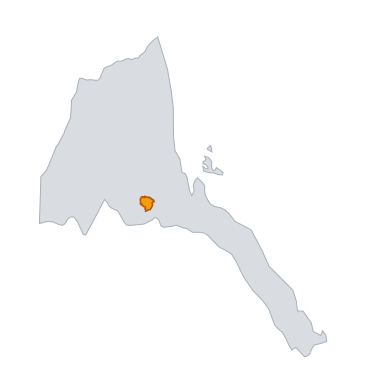 Mendefera, Debub, Eritrea shown in context, rotated 7°
{"feature_id": "51966322B17465014138668", "entity_name": "Mendefera", "entity_type": "district", "adm_level": 2, "iso_a3": "ERI", "parent_name": "Eritrea", "parent_adm1": "Debub", "projection": "natural_earth1", "projection_center": [38.816, 14.861], "detail": "fine", "context": "in_parent", "style": "filled", "palette": "amber", "viewbox_px": 384, "rotation_deg": 7, "n_neighbors": 0, "source": "geoboundaries", "source_scale": "gbopen_adm2", "svg_char_len": 5155}
<svg xmlns="http://www.w3.org/2000/svg" viewBox="0 0 384 384"><g transform="rotate(7 192 192)"><path d="M44.4,241.7L43.0,226.4L42.1,216.2L41.1,205.4L40.1,195.2L44.5,188.9L46.5,183.0L51.7,163.6L53.7,159.8L57.8,149.4L58.3,146.4L62.3,133.3L62.0,124.6L61.2,115.9L63.4,110.7L65.4,106.5L65.2,103.0L66.1,94.8L66.8,92.8L69.1,92.6L74.0,93.7L77.6,92.9L81.7,92.9L84.9,92.6L86.8,90.1L89.4,80.6L91.1,78.7L92.4,78.1L96.0,76.3L99.2,73.5L101.7,71.5L102.7,71.1L105.4,70.9L108.1,69.7L109.3,68.4L112.7,67.3L116.0,67.9L118.3,66.7L119.7,66.0L121.4,65.9L123.0,64.8L123.6,63.1L124.6,62.0L127.2,59.6L128.4,57.8L129.0,56.0L129.5,54.5L130.6,52.1L135.2,46.0L139.1,42.4L152.7,73.2L158.3,91.4L163.1,110.3L166.8,138.8L170.2,153.3L175.8,160.4L179.7,173.9L182.9,174.5L185.3,178.2L189.4,190.9L192.3,195.6L193.8,191.5L193.7,189.2L192.5,185.3L193.6,180.2L195.8,177.2L201.0,181.3L203.9,184.4L204.6,190.7L205.8,194.1L211.3,201.5L215.9,203.6L221.8,204.1L226.8,205.7L230.8,208.4L238.3,215.9L255.4,222.4L269.2,242.4L277.4,256.2L304.1,277.2L308.7,287.3L311.2,297.2L316.8,296.7L326.4,307.5L329.3,315.7L337.2,318.6L338.5,313.8L342.3,317.8L343.9,323.9L338.8,326.4L333.3,328.6L332.5,328.5L330.7,331.3L328.1,339.1L325.2,341.4L323.6,341.6L314.9,334.3L313.6,333.9L311.7,335.3L310.4,336.8L306.3,331.3L303.3,326.4L299.2,320.6L295.2,318.0L290.9,314.7L286.7,307.1L282.4,298.7L276.0,291.8L264.0,281.9L253.1,269.4L244.7,256.2L239.3,249.4L237.0,247.7L225.9,243.4L218.1,237.4L212.1,232.4L208.5,231.1L204.9,231.0L197.3,231.9L191.0,228.8L188.4,228.8L184.2,227.9L180.8,226.8L177.0,228.2L169.0,230.4L165.7,229.9L163.9,226.8L162.9,224.4L160.1,222.0L157.8,222.0L156.5,224.2L148.2,229.7L134.3,232.8L130.9,232.6L128.5,230.4L121.4,220.8L119.4,219.3L117.8,219.1L114.6,218.0L111.5,216.2L108.8,212.3L106.2,210.1L103.2,217.7L98.2,231.1L95.4,238.2L91.9,247.4L90.8,247.7L89.0,247.0L82.1,235.6L77.7,231.2L74.4,231.7L72.0,233.8L70.5,237.6L68.9,240.0L67.1,240.9L63.3,240.4L57.5,238.6L51.5,239.0L45.2,241.6L44.4,241.7ZM208.4,165.2L210.3,168.1L211.6,167.8L212.6,166.8L213.3,164.8L220.5,168.8L220.1,171.4L215.8,171.5L210.9,170.4L206.3,170.8L200.9,169.7L199.6,165.2L203.1,167.4L204.9,166.8L205.2,166.3L202.7,163.3L199.3,162.7L199.5,160.3L201.0,159.4L202.0,158.2L200.0,155.0L203.9,155.7L206.4,157.7L208.0,160.0L208.4,165.2ZM205.4,144.7L206.9,149.8L202.5,147.9L201.8,146.8L203.7,144.8L204.1,143.5L205.4,144.7Z" fill="#d9dde1" stroke="#a8b0b8" stroke-width="1"/><path d="M152.6,214.6L152.7,214.4L152.8,214.2L153.0,213.8L153.1,213.7L153.3,213.4L153.4,213.0L153.6,212.7L153.7,212.3L153.8,211.9L153.9,211.7L154.0,211.3L154.1,211.1L154.3,210.6L154.3,210.3L154.4,209.9L154.5,209.8L154.5,209.6L154.4,209.4L154.4,209.2L154.3,208.9L154.2,208.9L154.1,208.6L153.9,208.4L153.8,208.2L153.7,208.1L153.7,207.9L153.7,207.7L153.8,207.5L153.8,207.4L153.9,207.2L154.0,207.1L154.3,206.9L154.5,206.8L154.7,206.7L154.8,206.6L155.2,206.4L155.3,206.4L155.3,206.5L155.5,206.5L155.5,206.4L155.5,206.2L155.4,206.2L155.3,205.7L155.2,205.4L155.1,205.2L155.0,204.9L154.8,204.8L154.7,204.7L154.5,204.8L154.4,204.7L154.2,204.5L153.9,204.5L153.9,204.4L153.7,204.4L153.6,204.2L153.4,204.2L153.2,204.0L152.9,203.9L152.6,203.9L152.4,203.8L152.2,203.8L152.2,203.7L152.1,203.4L151.9,203.2L151.7,203.1L151.7,202.9L151.5,202.7L151.4,202.7L151.3,202.8L151.2,202.9L150.9,202.8L150.9,202.7L150.7,202.6L150.4,202.7L150.2,202.7L150.0,202.4L149.9,202.4L149.8,202.5L149.7,202.6L149.4,202.5L149.2,202.7L148.9,202.7L148.7,202.6L148.3,202.5L148.2,202.6L147.9,202.5L147.7,202.5L147.5,202.4L147.3,202.4L147.2,202.4L147.0,202.5L146.9,202.6L146.7,202.6L146.4,202.6L146.2,202.6L146.1,202.8L145.9,202.8L145.9,202.7L145.8,202.8L145.8,202.7L145.7,202.7L145.4,202.7L145.2,202.7L145.0,202.8L145.0,202.7L144.9,202.8L144.7,202.7L144.4,202.8L144.2,202.8L143.9,202.8L143.7,202.8L143.4,202.8L143.1,202.8L142.9,202.9L142.9,203.0L142.5,202.9L142.4,202.7L142.4,202.8L142.3,203.0L142.2,203.2L142.2,203.3L142.3,203.5L142.4,203.8L142.3,204.0L142.2,204.2L142.1,204.4L142.0,204.6L141.9,204.7L141.8,204.8L141.7,204.9L141.6,205.0L141.7,205.3L141.6,205.5L141.7,205.8L141.7,206.0L141.7,206.3L141.7,206.5L141.8,206.6L141.9,206.9L141.9,207.0L142.0,207.5L142.1,207.8L142.2,208.0L142.2,208.4L142.1,208.8L142.1,209.0L142.2,209.7L142.3,209.8L142.5,209.9L142.5,210.0L142.8,209.9L142.9,210.0L143.0,210.0L143.1,209.9L143.2,210.0L143.3,210.0L143.3,210.3L143.4,210.2L143.5,210.2L143.8,210.2L143.9,210.3L144.0,210.5L144.2,211.1L144.3,211.2L144.3,211.3L144.5,211.4L144.8,211.5L145.0,211.6L145.1,211.8L145.2,212.1L145.3,212.1L145.5,212.1L145.8,212.1L146.0,212.2L146.2,212.4L146.3,212.4L146.4,212.5L146.6,212.5L146.8,212.5L147.0,212.6L147.3,212.7L147.5,212.6L147.6,212.8L147.7,213.0L147.8,213.2L147.8,213.5L147.7,213.8L147.7,214.1L147.6,214.3L147.4,214.4L147.4,214.5L147.5,214.6L147.6,214.8L147.7,215.0L147.9,215.2L148.1,215.3L148.2,215.5L148.3,215.5L148.5,215.8L148.5,216.0L148.6,216.4L148.5,216.5L148.4,216.5L148.3,216.8L148.5,216.8L148.6,216.7L148.8,216.5L149.0,216.4L149.4,216.0L149.7,215.9L149.8,215.7L150.1,215.5L150.2,215.4L150.4,215.2L150.5,215.2L150.8,215.2L151.0,215.0L151.3,215.0L151.5,214.9L151.9,214.8L152.0,214.7L152.3,214.7L152.5,214.7L152.6,214.6Z" fill="#f59e0b" stroke="#b45309" stroke-width="1.5"/></g></svg>